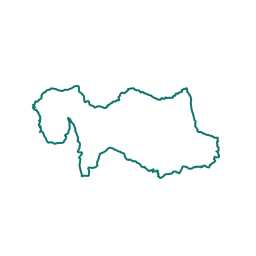 Chapada Gaúcha, Minas Gerais, Brazil, rotated 304°
{"feature_id": "56859067B64752676295084", "entity_name": "Chapada Gaúcha", "entity_type": "district", "adm_level": 2, "iso_a3": "BRA", "parent_name": "Brazil", "parent_adm1": "Minas Gerais", "projection": "robinson", "projection_center": [-45.487, -15.459], "detail": "fine", "context": "isolated", "style": "outline", "palette": "teal", "viewbox_px": 256, "rotation_deg": 304, "n_neighbors": 0, "source": "geoboundaries", "source_scale": "gbopen_adm2", "svg_char_len": 5852}
<svg xmlns="http://www.w3.org/2000/svg" viewBox="0 0 256 256"><g transform="rotate(304 128 128)"><path d="M75.8,57.2L76.8,58.5L76.9,59.1L76.4,60.6L75.4,61.8L74.8,62.9L74.3,63.2L73.9,64.8L73.5,65.7L72.7,66.6L71.7,68.5L71.3,69.8L71.5,70.5L72.7,71.5L73.6,73.2L73.8,75.8L76.0,78.0L76.6,78.4L78.5,81.4L79.9,82.5L80.5,82.6L82.5,82.2L83.7,82.6L85.1,82.2L85.8,81.9L86.3,81.4L86.3,80.5L86.6,80.0L87.8,80.0L88.4,80.5L89.8,81.2L90.6,81.2L92.0,80.4L94.8,80.1L96.1,79.0L100.0,76.3L101.8,73.6L102.8,72.9L103.0,73.5L102.8,74.9L102.5,75.8L101.2,77.6L101.1,79.3L100.2,81.6L98.5,83.7L98.2,84.4L97.3,85.2L95.9,86.1L94.9,88.2L93.9,89.2L92.1,91.9L91.5,92.4L89.9,93.1L89.0,93.7L88.9,95.4L88.5,96.4L87.9,97.1L87.2,97.6L86.0,98.0L84.5,99.0L81.2,99.3L80.3,99.6L80.2,100.3L80.5,101.0L81.6,102.7L81.8,103.4L81.4,104.0L80.6,104.2L79.7,104.2L76.0,104.0L75.8,105.3L75.6,105.9L71.9,107.8L70.5,108.4L69.7,108.9L67.2,111.4L64.8,114.1L64.4,114.8L62.3,116.7L62.7,117.3L63.8,118.1L64.1,118.6L65.7,121.3L66.2,121.9L66.8,122.0L70.0,120.2L70.7,119.7L71.8,118.1L72.3,117.6L72.9,117.5L73.4,117.8L73.9,118.5L75.2,121.2L77.1,122.8L78.6,123.5L79.9,123.6L81.1,122.3L82.5,121.5L86.2,120.8L90.3,119.3L91.1,119.3L91.8,119.8L92.3,120.0L92.9,120.5L94.9,121.7L97.2,122.5L100.0,123.0L101.9,124.4L102.6,126.7L102.6,129.1L102.9,129.7L103.2,132.5L103.6,134.2L104.0,135.0L103.9,135.8L104.1,137.3L104.5,138.1L104.6,139.0L104.3,139.6L102.2,141.9L101.7,143.5L101.3,144.1L101.3,144.7L101.9,146.5L102.6,146.6L102.9,147.3L103.2,149.4L103.1,150.3L104.7,153.0L104.2,155.1L104.6,156.5L104.7,157.4L104.4,159.0L103.6,160.6L104.0,162.6L104.9,163.4L104.9,164.3L104.4,165.0L104.5,165.7L104.0,169.1L104.5,170.0L105.3,170.2L105.8,170.7L106.0,171.3L105.8,172.5L105.5,173.0L106.1,173.3L107.0,173.2L106.7,174.1L107.2,174.9L107.9,175.5L109.0,175.8L109.1,176.7L107.9,177.6L107.4,177.7L106.9,178.1L107.0,178.9L106.1,179.1L105.7,179.5L104.9,179.9L105.2,180.5L105.0,181.2L104.5,181.9L104.8,182.8L105.4,183.4L107.9,184.4L109.5,184.5L110.2,184.7L112.9,187.7L113.6,188.7L114.8,189.6L115.4,189.9L116.9,189.9L118.5,191.7L118.7,192.3L118.6,194.0L119.0,195.7L119.8,196.0L121.4,195.6L121.9,195.7L124.3,195.4L126.4,194.8L127.0,195.3L128.5,198.3L128.3,200.3L128.4,200.9L128.8,202.1L129.9,203.4L132.6,204.7L133.1,205.2L133.2,206.0L134.1,206.2L134.6,207.0L134.9,207.8L135.5,208.3L136.0,209.2L136.1,210.3L137.3,210.4L137.4,211.4L138.4,211.8L139.2,211.8L139.6,212.4L139.9,213.3L139.7,214.4L139.9,215.7L140.6,217.2L141.9,217.2L143.1,216.5L143.7,216.8L144.3,217.4L144.8,217.3L145.5,217.4L147.4,218.4L149.4,218.8L150.1,217.5L150.3,216.7L151.2,216.3L152.6,216.0L152.9,217.5L154.4,219.4L155.0,219.5L155.6,219.0L156.3,218.8L157.0,217.3L157.6,216.7L158.1,215.7L158.2,214.8L159.3,215.6L159.9,215.6L160.5,215.1L161.4,214.9L162.4,213.9L162.7,213.3L162.6,212.7L163.6,211.5L164.3,211.4L165.4,210.2L166.0,209.9L166.6,209.6L167.1,209.9L167.4,209.4L168.1,209.3L169.3,208.2L170.0,207.8L169.5,207.2L169.2,206.4L168.7,205.9L168.4,205.3L168.4,203.9L168.1,203.0L168.3,202.1L167.6,200.8L167.6,199.8L167.3,198.8L166.4,197.2L166.2,195.8L165.9,195.1L165.9,194.2L165.4,192.4L165.6,190.8L165.2,190.2L164.6,189.7L164.3,188.9L164.1,188.0L164.2,187.3L165.6,186.6L166.9,183.1L167.4,182.4L169.0,181.7L169.5,181.1L171.1,180.5L171.9,178.6L173.0,177.3L176.1,173.9L177.0,172.6L179.3,170.0L183.3,166.5L184.3,165.8L185.8,165.3L188.4,163.0L189.6,161.2L189.8,160.4L190.4,159.0L190.8,158.4L191.1,156.9L191.4,156.4L192.6,155.9L193.4,155.0L193.7,154.4L193.3,153.9L192.1,153.4L191.1,152.2L190.2,151.9L189.5,151.4L188.8,151.9L188.4,152.4L187.8,152.2L185.5,150.2L184.8,150.4L184.1,150.1L184.1,149.4L183.8,148.9L183.3,148.6L182.7,148.4L182.0,148.9L181.2,149.0L180.2,147.9L179.6,147.6L178.2,148.2L177.7,147.7L177.5,147.1L176.6,146.4L176.5,145.7L175.4,144.4L174.9,144.1L174.5,143.3L174.5,142.3L173.9,141.9L173.3,142.1L172.6,142.0L171.9,140.7L171.9,139.6L170.9,139.0L170.1,139.3L169.2,138.7L168.7,138.0L168.8,137.1L168.2,136.5L168.0,135.7L168.2,134.6L168.1,133.7L167.6,133.1L167.6,130.0L167.8,129.4L167.7,128.6L166.9,126.5L166.9,125.8L166.5,124.2L166.4,122.6L165.9,122.1L166.2,120.7L166.2,119.9L165.8,119.5L165.2,119.3L164.7,118.9L164.6,118.0L165.3,116.6L165.1,115.8L164.7,115.2L164.5,114.5L163.8,113.2L163.6,112.5L164.1,110.5L163.7,109.9L162.7,108.9L162.4,108.2L161.2,107.4L160.7,106.6L160.0,106.3L159.5,106.9L158.0,106.7L156.6,106.0L155.0,105.7L154.6,105.0L154.4,104.2L154.1,103.4L152.5,102.7L151.2,102.8L149.6,103.3L148.2,102.9L147.6,103.4L146.7,104.9L145.9,105.0L145.3,104.5L144.9,103.3L142.8,102.6L142.2,101.6L141.1,100.6L140.4,100.8L139.6,100.6L139.1,100.2L138.3,99.8L137.0,99.6L135.9,98.7L135.4,98.9L134.6,98.9L134.0,98.4L133.6,98.8L132.9,98.6L132.1,98.2L131.4,97.2L131.0,95.9L130.7,93.8L129.5,91.3L129.0,90.6L128.2,90.3L126.3,89.0L126.6,88.1L126.7,86.2L126.2,85.5L125.9,83.1L126.3,82.5L127.9,81.0L128.1,80.3L127.8,79.6L127.4,79.2L125.7,78.3L125.4,77.8L125.7,77.2L127.5,75.3L128.9,74.5L129.4,74.0L130.2,72.5L130.3,71.2L130.8,70.0L130.8,67.4L131.0,66.7L131.5,66.3L132.3,66.1L134.2,64.8L134.7,64.0L134.8,62.8L133.3,61.0L132.4,60.3L128.9,58.8L127.8,57.8L125.9,56.7L125.4,56.1L124.5,54.3L121.9,52.9L120.6,49.7L120.0,47.5L120.0,46.6L118.6,43.5L118.0,42.3L117.4,42.1L116.7,42.0L116.2,41.7L113.5,39.4L111.8,39.5L111.1,39.2L110.7,38.5L108.8,38.0L108.0,37.9L106.7,38.1L106.0,38.4L105.7,38.9L105.1,39.3L104.4,39.5L103.8,39.4L102.2,38.7L99.8,38.3L98.5,37.3L98.2,36.5L96.5,36.9L95.4,37.3L94.9,37.3L94.1,36.6L93.8,37.5L93.3,38.6L93.0,37.5L92.3,37.6L91.5,38.1L91.1,39.5L91.0,40.6L91.6,41.8L91.6,42.6L90.8,43.8L90.8,44.5L90.7,45.1L90.0,45.5L89.5,46.3L89.2,47.1L88.5,48.6L87.5,49.2L86.8,50.1L86.1,50.5L84.7,50.2L84.8,51.1L84.1,51.7L83.3,51.4L81.5,52.3L80.7,52.4L80.3,52.9L80.6,53.4L80.5,54.1L79.9,54.2L79.4,54.5L79.6,55.6L79.1,56.0L78.5,56.1L78.0,56.6L76.9,57.1L75.8,57.2ZM107.0,173.2L107.0,172.4L107.3,171.8L107.8,172.1L107.5,172.8L107.0,173.2Z" fill="none" stroke="#0f766e" stroke-width="2"/></g></svg>